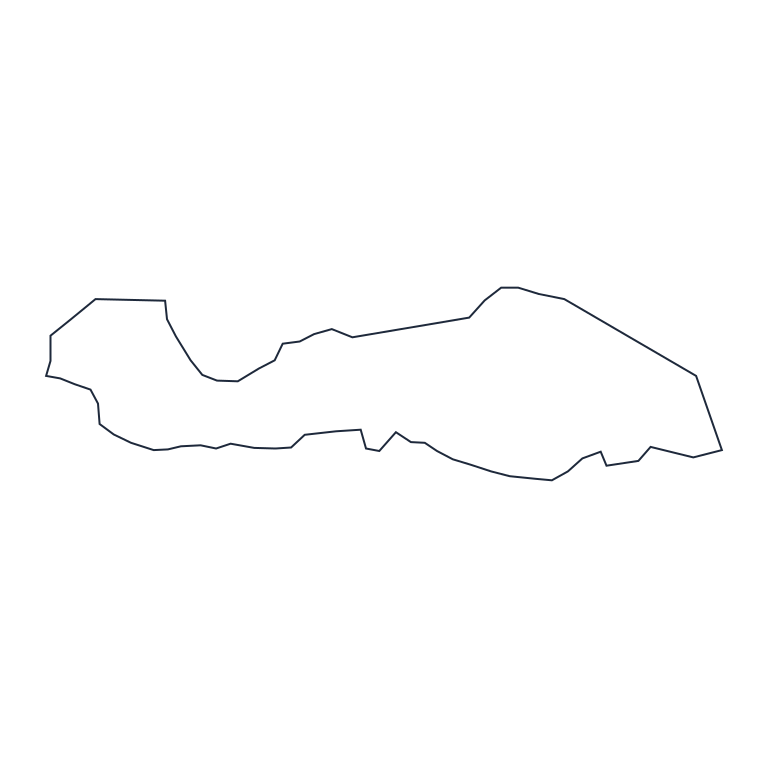 São Pedro da Serra, Rio Grande do Sul, Brazil
{"feature_id": "56859067B70229317935644", "entity_name": "São Pedro da Serra", "entity_type": "district", "adm_level": 2, "iso_a3": "BRA", "parent_name": "Brazil", "parent_adm1": "Rio Grande do Sul", "projection": "mercator", "projection_center": [-51.521, -29.419], "detail": "fine", "context": "isolated", "style": "outline", "palette": "slate", "viewbox_px": 768, "rotation_deg": 0, "n_neighbors": 0, "source": "geoboundaries", "source_scale": "gbopen_adm2", "svg_char_len": 920}
<svg xmlns="http://www.w3.org/2000/svg" viewBox="0 0 768 768"><path d="M50.5,335.7L50.5,360.9L46.1,375.9L60.2,378.4L74.7,384.2L90.5,389.6L98.0,403.6L99.6,424.0L113.8,434.5L131.0,442.8L153.7,450.1L167.9,449.4L180.9,446.3L200.6,445.3L216.1,448.5L230.6,443.7L254.2,447.9L275.5,448.5L291.1,447.5L304.7,434.8L336.0,431.3L360.7,429.7L366.0,448.5L379.3,451.0L395.9,432.2L410.9,442.1L424.8,442.8L437.0,451.0L452.8,459.3L470.6,464.7L491.1,471.4L509.7,476.2L535.5,478.8L551.9,480.3L567.9,471.4L582.4,458.4L600.7,451.7L606.5,465.7L638.4,460.9L650.6,446.9L677.8,453.6L693.3,457.4L721.9,450.1L696.1,375.9L564.3,299.1L538.8,294.0L518.3,287.7L501.1,287.7L484.7,300.4L469.2,317.6L352.4,337.3L331.8,329.1L314.1,334.1L299.7,341.5L282.7,343.7L274.7,360.3L258.9,368.5L237.8,381.3L217.0,380.6L202.3,374.9L190.6,360.3L175.9,336.4L167.0,319.2L165.1,300.7L95.5,299.1L71.0,319.2L50.5,335.7Z" fill="none" stroke="#1e293b" stroke-width="2"/></svg>